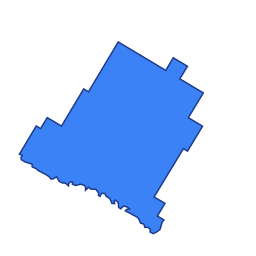 McCone, Montana, United States of America, rotated 211°
{"feature_id": "52423323B73042281108203", "entity_name": "McCone", "entity_type": "district", "adm_level": 2, "iso_a3": "USA", "parent_name": "United States of America", "parent_adm1": "Montana", "projection": "equal_earth", "projection_center": [-105.857, 47.595], "detail": "fine", "context": "isolated", "style": "filled", "palette": "blue", "viewbox_px": 256, "rotation_deg": 211, "n_neighbors": 0, "source": "geoboundaries", "source_scale": "gbopen_adm2", "svg_char_len": 1067}
<svg xmlns="http://www.w3.org/2000/svg" viewBox="0 0 256 256"><g transform="rotate(211 128 128)"><path d="M92.4,196.8L108.9,196.8L108.8,211.5L125.4,211.5L125.3,196.8L180.7,196.7L180.5,138.7L186.1,138.7L186.0,95.4L202.6,95.3L202.6,82.5L207.7,82.5L207.6,49.6L204.6,50.1L204.4,47.2L203.1,45.9L198.8,45.9L191.7,47.6L190.0,45.3L185.7,45.9L183.2,45.3L174.2,45.8L170.2,45.6L167.8,44.5L165.8,46.0L164.2,49.4L159.4,46.8L156.0,47.1L153.1,48.5L149.2,47.8L150.2,49.7L149.7,52.2L147.4,53.1L146.8,51.2L143.2,51.8L139.8,55.3L135.9,56.4L134.0,55.6L132.4,52.8L131.3,56.9L128.4,56.5L123.9,58.9L119.6,57.1L118.7,55.0L116.8,55.0L117.1,58.3L114.1,60.0L112.1,58.4L107.0,58.0L103.0,55.1L100.5,56.3L102.2,58.0L101.9,59.6L98.1,59.2L95.2,55.2L92.7,54.9L91.5,58.9L88.0,59.9L85.1,59.5L87.3,57.5L87.6,55.6L74.2,56.3L72.2,55.7L68.2,52.9L65.0,53.8L62.3,51.5L60.1,53.0L56.8,52.9L55.6,50.3L52.1,50.4L49.9,53.5L48.3,57.6L50.3,65.1L49.8,67.7L57.5,67.7L57.5,82.4L70.1,82.4L69.9,138.8L65.1,138.8L65.0,167.9L81.6,167.9L81.5,196.9L92.4,196.8Z" fill="#3b82f6" stroke="#1e3a8a" stroke-width="1.5"/></g></svg>